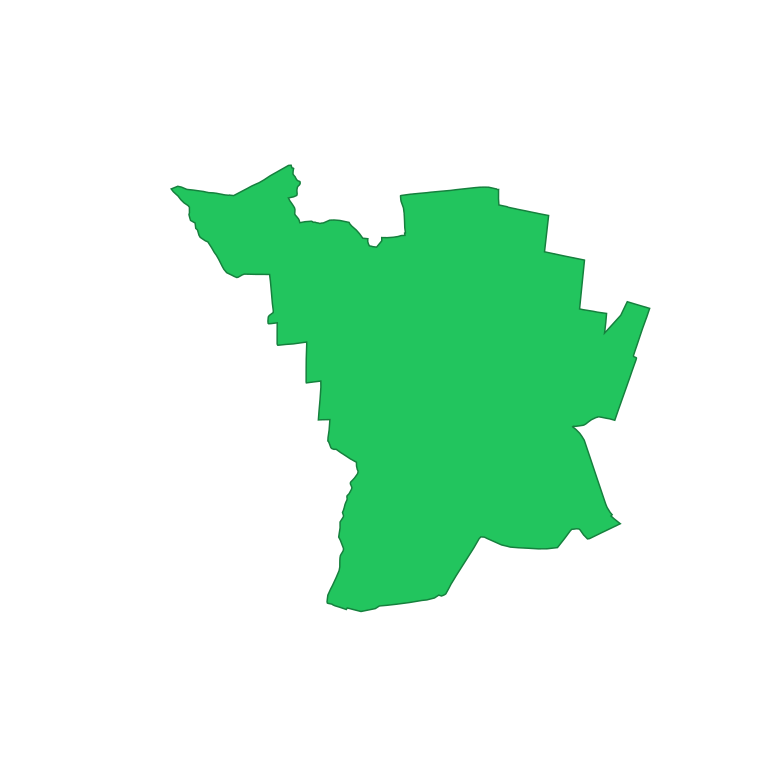 Toboliu, Bihor, Romania (Natural Earth projection), rotated 293°
{"feature_id": "2599482B89514629936161", "entity_name": "Toboliu", "entity_type": "district", "adm_level": 2, "iso_a3": "ROU", "parent_name": "Romania", "parent_adm1": "Bihor", "projection": "natural_earth1", "projection_center": [21.714, 47.047], "detail": "fine", "context": "isolated", "style": "filled", "palette": "green", "viewbox_px": 768, "rotation_deg": 293, "n_neighbors": 0, "source": "geoboundaries", "source_scale": "gbopen_adm2", "svg_char_len": 5751}
<svg xmlns="http://www.w3.org/2000/svg" viewBox="0 0 768 768"><g transform="rotate(293 384 384)"><path d="M554.8,575.8L551.1,575.6L539.8,575.1L519.7,568.1L517.0,567.1L520.6,566.1L527.6,564.0L535.9,561.3L533.5,552.3L532.7,548.3L530.2,538.2L529.6,535.1L529.5,534.7L556.2,526.4L576.2,520.2L576.4,520.1L572.5,501.1L568.4,480.1L603.4,469.7L601.2,459.4L600.9,457.6L600.5,455.8L600.2,454.3L599.7,451.9L598.7,446.7L596.8,437.7L596.8,437.3L596.1,433.9L595.2,429.2L595.3,428.6L595.2,427.5L594.2,422.4L593.7,419.8L599.3,417.0L603.6,415.2L607.4,413.6L607.8,413.5L607.5,412.9L607.3,412.2L607.5,411.2L607.3,410.6L606.7,407.0L606.0,403.4L604.4,399.4L602.5,395.2L600.5,391.4L591.0,374.4L588.4,370.0L582.8,359.5L578.7,351.9L576.9,348.8L572.9,341.3L570.5,336.9L569.6,335.3L569.1,334.3L568.8,333.8L568.4,333.1L564.2,326.1L563.8,325.7L563.6,325.7L560.5,327.3L558.9,328.3L553.7,333.1L550.1,335.2L549.0,335.9L547.6,336.5L547.1,336.8L541.7,339.4L536.1,342.0L531.5,344.7L531.0,344.0L530.6,344.2L530.5,344.3L530.3,344.4L530.2,344.5L529.0,345.2L527.4,341.9L525.4,339.5L525.3,339.4L522.7,335.2L520.0,329.9L517.9,324.7L514.9,326.0L507.1,323.7L505.9,319.5L506.0,319.1L505.6,317.5L505.5,316.5L507.0,314.8L508.1,313.9L508.5,313.5L510.9,312.5L511.4,312.4L511.1,311.3L509.9,307.5L512.8,302.7L514.9,298.3L516.8,292.5L518.1,289.9L519.1,288.7L517.3,279.5L515.5,274.1L513.6,270.0L508.5,265.2L508.0,264.1L506.6,262.1L506.6,260.9L506.0,258.5L506.1,257.9L506.0,257.7L505.9,257.1L505.1,255.5L505.5,255.0L505.5,253.6L502.6,248.0L499.6,243.5L500.4,242.8L501.1,242.3L501.7,241.8L502.3,241.1L502.5,240.9L502.6,240.7L503.5,239.1L504.2,237.7L504.9,236.3L505.5,235.5L506.5,235.1L509.7,233.9L511.1,232.9L512.1,231.6L513.6,229.4L515.9,225.7L517.9,223.3L521.0,227.7L523.5,230.0L525.0,229.8L526.9,228.8L528.5,228.0L531.3,227.4L532.5,227.6L534.3,228.4L534.8,228.5L536.0,228.4L537.2,227.8L537.5,227.4L537.5,226.5L537.4,225.5L537.6,224.7L538.0,223.7L539.2,222.1L539.9,221.4L540.3,220.6L540.8,219.6L541.5,218.4L542.2,218.0L543.5,217.5L545.0,217.0L547.1,216.6L547.2,216.0L547.0,214.8L548.0,213.9L549.1,213.0L547.9,210.7L531.1,197.8L526.7,194.9L525.3,194.0L522.9,192.2L520.5,190.4L518.4,188.4L517.1,187.2L514.8,185.1L512.7,183.4L510.9,182.0L498.7,172.0L497.7,168.7L497.5,167.8L497.1,167.3L496.9,167.0L496.7,166.3L496.7,166.2L495.9,163.7L495.6,162.4L495.5,162.0L495.4,161.3L494.5,157.3L494.4,156.7L494.2,155.8L494.1,155.6L494.1,155.2L493.9,154.6L493.3,152.4L491.6,147.7L491.3,145.9L491.2,145.7L490.7,142.7L489.5,138.3L488.0,132.7L486.8,128.8L486.1,126.5L486.1,120.6L485.6,117.9L485.4,116.9L480.4,111.9L478.7,114.9L477.6,117.9L476.6,120.9L474.2,125.1L472.6,129.2L471.7,133.9L470.7,135.8L465.6,138.0L463.7,138.3L461.3,140.1L459.0,142.0L458.4,147.2L455.8,148.7L453.7,149.9L453.0,152.0L451.6,153.2L450.2,154.3L448.7,155.5L447.2,157.5L446.7,159.9L446.0,163.6L446.0,166.3L442.2,171.9L438.8,176.4L437.0,179.4L434.2,183.1L429.1,189.1L427.0,191.8L425.0,195.7L424.7,201.6L424.5,203.9L424.5,206.9L425.3,208.0L429.2,211.0L430.6,212.5L432.6,217.5L435.0,223.6L437.6,229.7L440.1,235.9L434.4,239.2L424.3,244.6L414.3,249.9L408.5,253.3L406.5,254.1L402.2,251.6L400.6,251.3L399.5,251.6L396.5,252.6L394.6,253.6L394.4,254.3L395.5,256.5L398.6,261.8L390.2,265.3L379.1,270.0L378.2,270.9L378.7,272.1L382.2,278.4L385.4,284.7L389.0,290.7L392.4,296.4L390.5,297.3L376.8,302.6L368.1,306.2L355.3,311.6L354.7,312.1L358.4,318.4L362.0,324.7L356.3,327.2L345.0,331.1L334.2,334.6L325.3,337.6L327.2,341.6L330.1,348.1L320.1,351.5L312.9,353.4L309.6,354.6L309.4,355.3L308.4,356.4L306.2,358.5L304.8,359.8L304.2,360.9L304.2,362.2L304.3,363.4L305.2,365.5L304.0,370.7L303.0,376.5L301.9,382.5L301.2,389.2L297.7,390.8L294.9,392.8L293.8,394.1L292.3,394.6L290.9,394.7L286.0,393.6L283.7,392.8L280.9,391.7L279.8,391.7L278.9,392.1L277.0,394.1L276.0,395.0L274.4,395.2L271.2,394.9L269.3,394.7L268.0,394.2L266.8,393.7L265.7,393.9L263.8,395.0L262.3,395.2L260.1,395.1L257.7,395.2L254.6,395.7L251.9,396.0L249.5,396.0L247.1,398.1L245.8,398.5L243.5,398.1L239.8,397.5L236.7,398.8L234.4,399.8L229.6,401.0L225.4,402.1L223.2,404.8L217.5,410.3L216.4,411.2L214.3,411.6L211.0,411.1L209.1,410.9L206.9,411.4L204.9,412.1L201.9,413.3L198.3,414.8L194.7,415.6L193.1,415.6L187.2,415.6L178.4,415.3L174.7,415.0L167.7,414.8L163.8,415.9L161.2,416.7L160.2,417.5L160.3,418.6L160.6,420.1L161.0,422.0L160.7,423.5L160.7,425.7L161.2,430.3L161.5,434.4L161.7,437.4L163.5,437.7L164.6,445.2L165.6,451.7L168.0,455.2L173.9,463.8L177.9,466.5L181.3,472.9L186.2,481.6L192.6,492.5L199.6,503.5L202.0,507.8L206.8,514.1L211.1,516.9L211.3,519.7L212.4,520.9L213.7,522.1L215.0,522.9L220.9,523.5L226.1,523.9L230.6,524.6L235.6,525.3L268.2,530.7L278.8,532.0L281.1,532.9L282.3,536.3L282.1,539.1L282.0,545.3L281.9,549.7L281.8,555.1L282.8,560.9L283.2,563.9L285.8,571.7L289.2,581.0L292.5,590.3L296.0,598.4L301.2,607.6L312.7,610.7L321.4,612.8L323.6,613.6L324.6,615.5L325.9,617.6L326.7,619.9L326.5,621.2L323.0,626.8L322.8,627.4L321.1,631.4L320.9,631.8L322.0,633.6L323.6,635.0L329.7,640.3L331.8,642.1L336.2,646.0L347.7,656.1L349.8,648.6L351.2,644.5L352.8,645.1L354.2,642.3L357.6,637.5L360.2,634.9L380.0,617.3L410.5,590.3L413.2,586.5L415.1,583.4L417.0,578.8L418.3,574.4L419.0,574.7L419.7,576.5L421.6,579.8L423.8,583.4L424.5,584.2L426.1,585.4L429.4,587.2L432.2,588.9L435.7,592.0L435.9,592.2L437.0,593.6L437.3,593.7L437.8,594.8L438.4,597.4L438.9,599.8L439.4,602.3L440.1,605.2L440.8,610.6L452.5,609.8L459.2,609.4L462.2,609.2L465.5,609.0L468.9,608.8L477.0,608.3L481.6,608.0L485.2,607.8L488.0,607.6L493.6,607.2L500.2,606.8L504.2,606.6L506.4,606.3L506.6,606.2L506.8,605.8L506.8,605.1L506.8,604.0L506.8,603.2L507.0,602.9L507.4,602.7L507.9,602.5L512.6,602.1L517.0,601.8L533.6,600.5L536.3,600.3L545.7,599.8L548.1,599.7L557.4,599.0L555.8,585.0L555.3,580.4L554.8,575.8Z" fill="#22c55e" stroke="#15803d" stroke-width="1.5"/></g></svg>